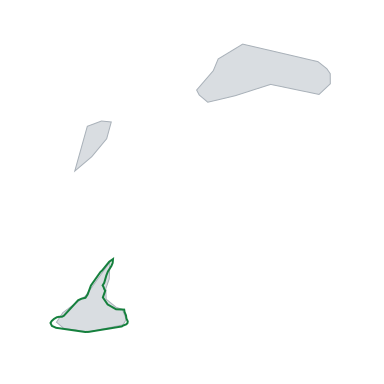 Comoros, with Andjouân highlighted, rotated 98°
{"feature_id": "COM-4936", "entity_name": "Andjouân", "entity_type": "state/province", "adm_level": 1, "iso_a3": "COM", "parent_name": "Comoros", "parent_adm1": "", "projection": "mercator", "projection_center": [44.402, -12.222], "detail": "fine", "context": "in_parent", "style": "outline", "palette": "green", "viewbox_px": 384, "rotation_deg": 98, "n_neighbors": 0, "source": "natural_earth", "source_scale": "10m", "svg_char_len": 1159}
<svg xmlns="http://www.w3.org/2000/svg" viewBox="0 0 384 384"><g transform="rotate(98 192 192)"><path d="M94.9,198.4L90.4,201.6L68.9,187.8L56.6,184.6L38.5,162.4L45.4,85.4L51.2,75.6L55.6,71.6L65.6,70.1L77.7,79.8L74.5,129.2L90.6,162.5L100.9,188.9L94.9,198.4ZM333.1,241.8L345.0,275.1L344.8,300.2L339.8,308.1L329.3,303.0L309.8,283.0L272.7,263.5L289.7,261.9L299.6,263.9L310.1,262.1L316.7,251.1L318.0,244.6L327.3,239.4L333.1,241.8ZM171.0,296.2L187.6,311.0L141.5,304.8L134.3,291.5L133.9,281.7L151.1,283.9L171.0,296.2Z" fill="#d9dde1" stroke="#a8b0b8" stroke-width="1"/><path d="M345.5,278.3L345.4,307.7L344.1,312.1L341.4,313.9L339.3,313.0L336.9,311.0L334.9,308.5L334.1,306.4L333.6,303.4L332.4,301.7L315.0,289.7L313.0,286.5L311.6,282.8L308.0,281.1L298.7,279.1L284.1,271.6L282.1,270.0L272.6,264.3L269.4,260.9L273.2,260.7L276.4,261.5L282.4,264.2L286.5,265.2L294.2,266.3L296.9,267.5L298.2,266.5L300.6,265.2L301.8,264.2L308.8,265.6L315.1,259.9L318.7,250.9L317.9,242.8L320.2,242.1L323.4,240.2L325.9,239.5L327.1,239.0L328.1,238.2L329.2,237.6L330.9,237.7L332.2,238.7L334.1,242.0L334.9,242.8L344.9,274.9L345.5,278.3Z" fill="none" stroke="#15803d" stroke-width="2"/></g></svg>